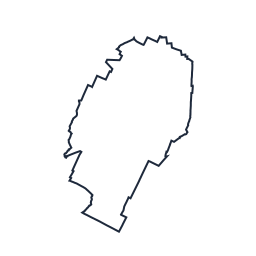 outline of General Enrique Estrada, Zacatecas, Mexico, rotated 294°
{"feature_id": "50627088B25057749099085", "entity_name": "General Enrique Estrada", "entity_type": "district", "adm_level": 2, "iso_a3": "MEX", "parent_name": "Mexico", "parent_adm1": "Zacatecas", "projection": "albers", "projection_center": [-102.806, 23.015], "detail": "fine", "context": "isolated", "style": "outline", "palette": "slate", "viewbox_px": 256, "rotation_deg": 294, "n_neighbors": 0, "source": "geoboundaries", "source_scale": "gbopen_adm2", "svg_char_len": 5230}
<svg xmlns="http://www.w3.org/2000/svg" viewBox="0 0 256 256"><g transform="rotate(294 128 128)"><path d="M199.9,87.2L198.7,86.7L198.4,86.8L198.0,87.0L195.5,85.7L195.4,87.0L195.3,87.6L194.7,90.1L194.7,90.3L193.4,90.3L192.0,90.3L191.5,93.1L190.4,93.1L189.3,93.0L188.8,93.0L186.5,92.7L184.6,88.0L181.9,81.2L181.6,81.2L179.2,81.1L176.6,87.3L175.6,89.7L172.3,89.7L172.3,88.2L163.2,88.0L163.2,86.4L163.1,84.5L163.1,82.5L163.1,78.5L158.3,78.5L156.5,78.5L154.5,78.5L152.6,78.5L150.9,78.5L151.0,78.2L151.0,76.8L151.0,74.0L150.4,74.0L146.1,74.0L139.9,74.0L135.8,74.1L134.1,74.1L133.1,72.0L132.4,72.3L132.1,72.6L131.4,73.4L130.0,74.0L127.8,74.0L125.1,74.0L122.7,74.0L121.6,74.8L120.9,75.3L119.3,76.0L118.0,76.0L114.3,74.1L113.8,74.2L113.4,74.2L113.1,74.3L112.5,74.1L111.7,74.1L111.2,74.0L110.5,74.4L109.4,74.3L105.8,74.0L104.6,74.9L103.7,75.2L102.6,75.3L102.0,75.3L101.8,75.0L101.3,75.0L101.0,75.8L100.9,77.2L100.5,77.6L100.1,78.1L100.1,78.5L100.0,78.8L99.0,78.6L97.9,78.7L96.8,78.9L95.5,78.9L94.0,78.9L92.9,78.6L91.7,79.4L90.9,79.7L89.7,81.0L88.8,82.0L88.1,82.9L87.7,83.4L87.1,83.8L86.9,84.2L86.1,83.8L85.5,83.6L85.0,83.2L84.8,83.2L84.7,82.8L84.2,82.5L83.4,82.9L83.0,82.5L82.5,82.1L81.4,82.1L80.7,81.8L80.4,81.7L80.1,81.7L79.8,81.6L79.2,80.9L78.8,80.7L78.3,80.7L78.0,80.6L77.8,80.7L77.5,80.9L77.3,81.1L77.1,81.4L77.0,81.8L76.3,81.8L76.1,82.6L76.0,83.0L75.7,83.0L75.7,83.5L77.0,83.4L77.2,83.7L77.6,83.7L77.6,84.2L78.0,84.2L79.6,85.7L84.2,90.2L87.4,93.6L87.3,94.6L87.2,95.1L86.7,95.0L86.1,95.0L85.2,94.8L83.5,94.6L82.2,94.6L71.0,94.5L66.5,94.5L66.4,95.8L63.4,95.5L59.4,95.0L59.2,96.4L56.1,96.0L56.2,96.4L56.2,96.7L56.2,97.1L56.2,97.6L56.2,98.2L56.2,99.0L56.3,99.3L56.3,99.9L56.3,100.3L56.3,100.7L56.3,101.6L56.3,102.1L56.4,102.6L56.4,103.2L56.4,104.6L56.3,105.1L56.2,106.0L56.2,106.7L56.1,107.5L56.0,108.6L55.9,109.7L55.9,110.5L55.8,111.2L55.7,112.1L55.6,113.1L55.4,113.9L55.2,114.7L54.9,115.4L54.5,116.8L54.1,117.9L53.5,119.6L53.2,120.5L52.3,122.8L51.6,122.9L51.3,122.8L51.1,122.9L50.9,122.7L50.7,122.8L50.2,122.8L49.9,122.7L49.7,122.7L49.5,122.8L49.4,122.9L49.2,123.1L48.8,123.5L48.6,123.6L48.4,123.9L48.2,124.0L47.3,124.1L46.9,124.1L46.5,124.0L46.3,124.0L46.2,124.0L45.8,124.1L45.7,124.1L45.4,124.3L45.1,124.3L44.8,124.4L44.6,124.4L44.5,124.5L44.3,124.7L44.0,124.9L43.8,125.1L43.5,125.3L43.3,125.3L43.1,125.5L42.9,125.4L42.7,125.3L42.5,125.2L42.3,125.1L42.0,124.9L41.9,124.7L41.6,124.7L41.2,124.4L41.1,124.1L40.9,124.1L40.6,124.1L40.3,123.9L39.9,123.9L39.5,123.8L39.3,123.7L39.0,123.7L38.7,123.5L38.4,123.4L38.2,123.3L38.0,123.1L37.5,123.1L37.4,123.0L37.0,122.9L36.2,122.7L35.8,122.4L35.5,122.4L35.2,122.4L34.8,122.2L34.6,122.2L34.4,122.0L34.2,122.0L33.9,121.7L33.6,121.7L33.3,121.4L33.2,121.3L32.9,121.1L32.1,120.6L31.9,122.4L31.8,124.6L31.8,125.4L31.5,130.4L31.1,140.2L30.9,142.5L30.6,146.4L30.4,149.0L30.4,149.6L30.2,153.1L29.6,161.9L34.0,162.2L35.3,162.3L36.8,162.4L37.8,162.4L38.2,162.4L45.7,162.8L45.9,156.9L46.0,156.8L47.4,157.0L48.5,157.1L48.8,157.1L50.7,157.4L51.1,157.3L53.1,156.9L54.4,156.6L54.7,156.5L57.9,156.6L58.0,156.6L59.7,156.7L60.0,156.7L61.4,156.7L61.6,156.7L62.6,156.8L64.9,156.7L64.8,158.9L82.1,159.6L85.2,159.7L85.6,159.6L86.9,159.7L92.5,159.8L95.9,159.9L106.2,160.2L106.3,162.0L106.2,163.7L106.0,168.8L105.9,171.4L113.5,173.7L114.4,174.0L117.8,175.1L117.2,174.4L117.3,173.7L118.2,173.4L118.3,173.5L119.4,173.1L120.7,173.0L121.9,172.8L121.9,173.4L124.0,173.5L124.5,173.5L125.2,173.4L126.8,173.3L129.1,173.2L129.9,173.2L130.1,173.0L130.9,173.0L131.9,173.0L132.7,172.9L134.1,172.8L134.1,173.1L134.1,173.8L134.1,174.7L134.1,175.7L138.2,178.0L139.6,178.9L140.3,178.9L140.2,179.3L140.3,179.3L140.7,179.4L141.5,179.4L142.2,180.2L143.5,181.1L144.6,181.9L145.3,182.3L145.3,182.6L145.6,183.2L146.2,183.7L147.5,183.8L148.4,184.0L150.1,181.7L151.7,181.7L152.8,181.8L153.6,181.8L155.0,181.9L155.6,181.4L156.5,181.2L157.6,181.1L158.9,181.1L159.3,181.1L159.5,181.1L159.9,180.9L161.5,180.8L162.4,180.7L163.0,180.7L163.5,180.4L163.8,180.2L164.3,180.0L164.8,179.9L165.0,179.7L165.5,179.6L166.2,179.4L166.4,179.2L167.0,179.0L168.7,178.3L169.1,178.1L169.3,178.0L170.1,177.7L170.7,177.5L173.9,176.3L177.6,174.7L177.8,174.7L179.4,174.1L180.5,173.7L182.6,172.9L182.9,172.8L184.1,172.3L184.7,172.0L185.7,171.6L186.2,172.5L189.2,171.4L189.3,171.4L192.3,170.3L192.4,170.1L192.5,170.1L192.9,169.9L192.2,168.9L192.7,168.6L195.9,167.4L196.6,167.1L197.3,166.8L197.8,166.5L198.9,166.1L199.8,165.8L200.0,165.8L201.9,165.1L204.8,163.9L207.9,162.8L212.2,161.0L212.5,160.8L212.6,160.6L213.3,160.4L214.2,160.0L214.4,160.1L214.9,159.9L215.8,155.3L215.2,154.0L217.5,153.1L216.6,151.5L218.4,150.5L217.6,149.1L216.6,147.3L220.1,144.9L219.6,140.4L219.3,135.4L223.1,133.2L221.0,129.4L226.4,126.0L224.4,122.1L224.9,122.1L224.9,119.9L218.5,119.7L218.6,117.8L218.6,117.5L218.6,112.9L218.7,112.1L218.7,108.9L216.1,108.8L210.4,108.5L210.2,108.3L210.2,106.8L210.3,104.3L210.3,104.1L210.5,101.5L210.6,100.4L211.1,99.3L211.3,98.8L211.3,98.4L211.5,98.0L211.5,97.9L212.5,97.1L212.8,96.8L210.9,96.5L210.7,96.4L210.5,96.1L210.2,95.8L210.1,95.6L209.7,95.3L209.4,95.1L209.0,94.9L208.6,94.5L207.6,93.6L206.9,92.9L206.3,92.5L204.1,90.3L203.5,89.9L202.6,89.3L201.9,88.7L201.2,88.0L201.0,87.8L200.4,87.5L199.9,87.2Z" fill="none" stroke="#1e293b" stroke-width="2"/></g></svg>